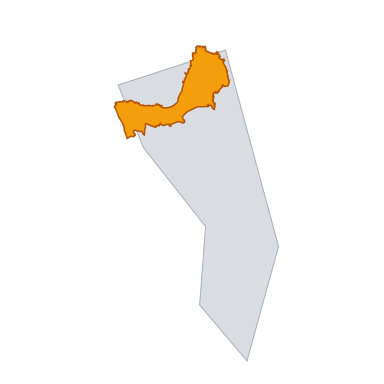 North Mahe, English River, Seychelles (highlighted), rotated 17°
{"feature_id": "34574756B41664711494427", "entity_name": "North Mahe", "entity_type": "district", "adm_level": 2, "iso_a3": "SYC", "parent_name": "Seychelles", "parent_adm1": "English River", "projection": "orthographic", "projection_center": [55.433, -4.604], "detail": "fine", "context": "in_parent", "style": "filled", "palette": "amber", "viewbox_px": 384, "rotation_deg": 17, "n_neighbors": 0, "source": "geoboundaries", "source_scale": "gbopen_adm2", "svg_char_len": 5925}
<svg xmlns="http://www.w3.org/2000/svg" viewBox="0 0 384 384"><g transform="rotate(17 192 192)"><path d="M290.7,218.8L294.0,337.5L232.3,297.8L215.1,221.1L132.7,163.9L90.0,111.3L182.5,46.5L290.7,218.8Z" fill="#d9dde1" stroke="#a8b0b8" stroke-width="1"/><path d="M188.4,106.4L188.5,106.3L189.1,106.6L189.3,106.4L188.6,105.6L189.1,104.3L188.9,104.2L189.0,103.7L188.3,103.0L188.2,102.6L188.4,102.5L188.3,102.3L187.7,101.4L188.4,101.1L188.3,100.9L187.7,101.2L187.3,100.3L187.2,100.4L186.8,100.0L186.0,99.9L186.1,99.7L185.5,98.6L185.0,98.6L185.4,97.9L185.2,97.7L185.4,97.5L185.0,97.0L185.0,96.7L184.6,96.7L184.6,96.1L185.1,95.9L185.0,95.5L185.3,95.3L185.2,95.0L184.9,95.1L184.8,94.6L184.4,94.5L184.8,94.2L184.6,94.0L184.3,94.1L184.0,94.0L184.2,93.8L184.2,93.3L184.0,93.2L184.0,92.5L183.7,92.5L183.7,91.5L183.8,91.0L184.4,90.4L184.2,90.2L184.5,90.3L184.7,90.1L184.7,89.8L184.8,89.9L185.0,89.8L185.5,90.4L185.7,90.1L185.4,89.4L185.9,88.7L185.7,89.8L186.9,90.2L186.9,89.7L187.2,89.8L187.4,89.1L187.7,89.2L188.2,87.9L187.8,87.8L188.0,87.5L188.3,87.6L188.4,87.2L188.2,87.1L188.5,85.8L190.3,82.6L190.2,82.2L189.6,81.5L189.8,80.9L190.3,81.0L190.8,80.6L192.0,81.7L193.1,81.0L193.9,80.9L195.4,79.7L195.6,79.1L195.3,77.8L195.5,76.8L195.3,75.6L194.6,74.8L194.4,74.4L194.5,74.3L194.3,74.3L193.5,72.8L192.7,72.0L192.8,71.4L192.6,71.4L192.4,70.8L192.2,70.8L192.0,70.5L191.4,68.8L190.1,66.5L190.1,66.2L190.3,66.3L190.4,66.0L189.7,66.0L188.7,63.9L187.6,62.6L185.5,60.8L184.2,59.2L183.7,58.1L183.9,57.7L184.4,57.7L184.5,56.9L184.7,56.7L184.2,56.5L183.9,56.6L183.7,56.0L183.5,56.3L183.4,56.1L182.8,55.9L182.4,56.0L182.4,56.9L182.0,56.6L181.4,56.5L181.2,56.6L181.4,56.8L181.1,56.9L179.2,56.2L178.9,55.5L179.0,55.2L178.8,54.9L178.5,55.0L179.0,54.3L178.8,54.3L178.5,53.5L177.6,52.4L177.3,52.3L176.4,52.9L175.8,52.8L176.0,53.0L175.9,53.1L175.4,53.0L175.5,52.5L175.9,52.4L175.5,51.9L175.8,51.1L175.5,51.2L174.9,50.8L174.9,51.2L174.4,51.4L174.6,52.6L174.1,52.6L173.9,53.0L173.2,52.8L172.3,53.1L172.5,53.8L171.7,54.1L170.9,53.4L170.2,53.6L169.4,53.3L168.6,53.6L168.0,53.5L167.9,53.7L166.9,53.3L166.6,53.6L166.0,53.3L165.8,52.9L165.3,53.1L164.1,52.9L163.7,52.3L163.3,52.5L163.1,52.2L163.4,51.4L163.3,50.6L162.0,49.0L161.1,49.8L160.7,49.7L160.9,50.0L160.8,50.7L160.0,50.6L159.6,50.2L158.5,50.4L156.8,50.0L156.5,51.3L155.8,51.1L155.0,50.7L154.8,50.9L154.5,50.8L153.8,51.5L153.9,51.9L153.4,52.8L154.1,53.4L154.3,53.9L154.5,54.3L154.1,55.0L154.1,55.9L154.7,56.5L154.6,56.8L155.1,57.5L154.6,58.5L154.0,58.2L153.3,58.7L152.8,58.5L152.3,58.7L152.4,59.2L152.1,59.3L152.7,60.0L152.7,60.4L152.4,60.4L152.3,60.7L153.0,61.3L153.1,61.7L152.8,62.0L153.4,62.4L153.4,62.7L154.1,63.6L154.3,64.2L153.9,65.0L154.2,65.4L154.1,65.9L153.4,66.2L153.2,66.6L152.3,66.9L152.6,67.4L152.5,68.0L153.0,68.7L153.0,69.3L153.3,69.6L153.9,70.5L154.0,70.8L153.8,71.0L154.3,70.9L154.4,71.3L154.2,71.7L153.9,71.6L154.1,72.6L153.7,73.8L153.8,74.3L153.4,74.6L153.6,75.6L153.3,75.8L153.0,75.6L152.7,75.7L152.7,76.1L153.1,76.5L153.0,76.9L153.3,77.4L153.2,78.2L153.0,78.3L153.2,78.6L153.0,79.3L153.5,79.4L153.5,79.7L152.6,80.7L152.3,80.3L152.2,80.5L151.1,80.2L151.2,80.4L150.9,80.5L151.3,80.8L151.5,81.3L151.8,81.3L151.7,81.5L152.1,81.2L152.4,81.4L152.9,82.6L152.7,83.4L152.3,83.8L152.3,84.7L152.5,84.8L152.6,85.7L151.9,86.2L152.2,87.5L151.9,87.5L151.9,88.0L152.2,88.3L151.7,89.2L151.0,89.1L150.9,89.4L151.1,89.9L151.8,90.0L152.0,89.8L152.3,90.2L152.1,90.8L152.5,91.5L152.4,92.3L152.6,93.4L152.4,93.8L152.5,94.5L152.4,96.6L152.7,96.8L152.8,99.0L152.4,100.1L152.0,100.6L151.8,103.2L151.6,103.9L151.4,105.5L151.5,105.7L151.8,105.7L151.4,107.3L151.8,107.9L152.0,109.8L151.5,111.1L149.9,113.6L148.6,115.1L146.6,117.0L144.4,118.4L142.2,119.4L140.0,119.7L138.0,119.7L137.5,119.1L137.8,118.9L137.8,118.6L137.5,118.9L137.3,118.8L137.3,119.1L136.8,119.3L136.2,119.0L136.4,118.5L135.8,118.6L135.5,118.3L135.4,118.5L134.6,118.1L133.9,118.3L133.1,117.9L132.7,118.6L132.3,118.6L132.6,119.1L129.4,121.1L128.9,120.9L128.8,121.3L127.4,121.4L125.9,122.1L125.4,121.7L125.1,121.8L125.2,122.2L124.0,122.4L123.4,122.8L120.8,123.5L120.7,123.3L119.9,123.1L119.6,123.2L119.5,123.4L117.0,124.1L116.2,123.7L115.5,122.6L115.3,122.9L114.8,122.7L114.7,123.0L114.1,122.7L113.7,122.8L113.7,123.0L113.3,122.8L113.3,122.5L112.5,122.3L112.1,122.5L112.2,122.8L111.9,122.9L112.0,123.3L111.5,123.6L110.5,123.3L109.7,122.5L109.3,122.5L109.1,122.8L108.9,122.5L108.2,122.5L107.5,122.2L107.1,122.2L106.9,122.5L106.1,122.4L105.8,122.7L105.9,123.3L105.5,123.7L105.0,123.5L104.6,123.6L104.2,124.5L104.3,124.9L103.7,124.7L103.7,125.1L102.8,124.7L102.2,124.7L101.3,124.8L100.4,124.7L99.7,124.8L99.4,125.0L99.1,125.8L99.4,126.1L99.3,126.4L96.7,126.6L94.9,127.9L94.1,127.8L93.8,128.5L92.7,128.8L92.6,129.2L92.8,129.7L93.4,129.8L94.0,130.4L93.3,130.8L93.1,131.1L93.8,132.2L92.9,132.7L93.0,133.3L96.7,137.1L98.7,139.7L99.8,141.6L101.1,142.5L102.1,143.7L104.3,145.4L106.3,147.5L108.5,150.8L109.6,153.6L112.1,156.2L112.7,157.5L113.6,158.4L114.3,159.8L117.3,156.5L117.9,156.3L118.9,156.5L120.3,156.0L120.1,155.2L120.5,155.2L121.2,154.4L121.2,154.0L119.6,152.6L118.9,152.3L118.0,150.3L118.4,150.0L120.4,149.5L122.8,149.5L124.9,149.2L126.5,148.7L127.4,149.9L128.6,151.0L129.7,151.4L129.4,149.1L128.5,146.9L128.6,144.5L128.2,142.4L127.5,140.2L128.5,140.1L131.6,140.3L134.0,140.8L135.0,140.7L137.8,140.8L138.4,140.7L138.5,138.8L140.4,138.7L141.2,138.3L140.8,137.1L141.8,135.7L142.2,136.7L143.0,136.6L144.0,136.8L146.0,136.5L146.1,136.2L148.0,134.8L150.7,133.9L150.8,135.3L152.4,135.3L151.9,133.7L157.9,128.9L158.9,128.8L159.8,128.5L162.5,128.5L163.1,128.7L163.8,128.0L163.6,127.9L164.5,127.5L164.0,125.8L163.5,125.4L163.1,125.6L162.5,125.1L160.8,123.1L160.8,122.8L162.1,119.9L164.4,116.1L172.0,109.2L173.8,108.3L176.6,107.6L181.7,105.6L182.1,105.9L182.8,105.1L182.0,104.5L181.7,103.8L181.8,103.6L182.6,104.3L183.7,104.1L184.4,103.4L185.3,104.0L185.9,104.0L185.9,104.4L186.9,105.7L188.4,106.4Z" fill="#f59e0b" stroke="#b45309" stroke-width="1.5"/></g></svg>